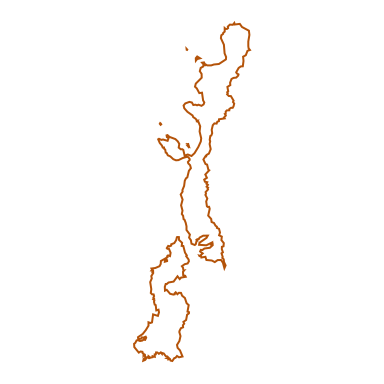 Donggala, Sulawesi Tengah, Indonesia
{"feature_id": "22746128B11403753934380", "entity_name": "Donggala", "entity_type": "district", "adm_level": 2, "iso_a3": "IDN", "parent_name": "Indonesia", "parent_adm1": "Sulawesi Tengah", "projection": "mercator", "projection_center": [119.813, -0.351], "detail": "fine", "context": "isolated", "style": "outline", "palette": "amber", "viewbox_px": 384, "rotation_deg": 0, "n_neighbors": 0, "source": "geoboundaries", "source_scale": "gbopen_adm2", "svg_char_len": 6050}
<svg xmlns="http://www.w3.org/2000/svg" viewBox="0 0 384 384"><path d="M239.8,23.9L234.7,24.5L234.3,23.0L232.8,24.8L229.9,24.6L227.8,26.6L228.1,28.1L227.1,28.9L225.7,29.0L224.7,28.1L224.7,31.6L223.2,32.9L223.1,33.9L221.3,35.3L220.9,38.2L223.9,44.7L224.6,53.4L226.1,57.0L225.9,59.4L218.9,64.0L213.9,64.5L211.2,65.4L207.2,65.4L205.9,64.6L205.2,65.3L204.3,65.2L204.4,64.4L203.5,64.7L203.2,66.5L200.7,67.9L199.8,71.2L201.6,73.9L201.7,77.7L195.8,83.6L195.0,86.7L196.8,88.4L199.3,93.1L202.0,92.7L203.1,100.4L204.3,102.5L203.6,104.4L201.5,105.8L198.5,104.7L197.1,105.3L195.5,104.7L193.3,105.0L191.9,102.5L189.4,101.9L185.3,103.4L183.6,105.5L184.3,108.3L187.4,111.8L192.6,115.5L193.2,117.1L195.7,118.8L196.7,120.5L197.8,120.5L197.1,121.5L198.5,122.0L200.2,126.3L199.6,131.5L201.2,138.3L200.8,141.5L198.3,147.0L194.5,153.2L191.5,156.0L187.8,154.5L184.6,155.6L183.3,149.9L182.2,149.2L180.8,149.3L178.7,147.6L179.3,143.9L177.8,141.4L175.4,139.1L169.5,136.9L167.5,135.1L166.6,135.4L166.9,137.1L168.6,138.0L167.6,140.8L163.0,139.5L161.4,139.9L159.0,138.8L158.2,139.3L159.8,143.0L161.9,145.5L162.7,147.5L164.0,147.5L164.1,148.7L165.2,149.6L165.7,152.6L166.6,152.9L167.8,155.3L170.3,156.4L173.3,159.2L176.0,160.3L178.5,160.1L182.8,158.0L187.1,156.8L188.3,157.2L189.6,158.9L189.7,159.9L187.9,162.0L188.3,163.4L190.1,165.2L190.9,168.2L188.9,170.8L187.3,177.4L186.0,178.3L184.8,180.7L184.1,186.0L182.4,190.1L182.6,191.6L180.7,194.5L182.6,199.6L181.1,205.3L182.5,210.6L181.8,214.0L183.1,215.8L183.6,219.2L184.5,219.7L185.7,222.8L186.5,226.3L186.5,230.0L189.9,234.6L189.1,237.6L190.9,240.2L191.5,243.7L194.8,245.0L195.8,244.1L196.5,241.2L197.3,240.8L196.5,239.8L197.3,239.2L198.8,239.1L199.6,237.6L203.2,235.7L207.8,235.6L206.5,237.9L199.5,242.7L199.1,244.8L206.3,245.3L211.8,242.6L211.3,244.1L212.6,243.6L212.7,245.2L209.8,247.8L204.4,248.5L202.4,250.0L200.0,249.8L200.8,249.9L200.1,251.5L202.7,253.4L199.9,255.9L199.3,255.7L199.5,256.1L201.2,256.5L201.4,257.5L205.4,256.8L206.4,260.0L211.8,260.5L214.8,262.1L217.6,260.1L221.0,260.0L222.9,262.7L224.4,268.2L225.6,265.4L224.0,262.0L223.7,259.3L222.3,257.9L222.7,256.9L221.5,253.3L222.9,252.3L221.8,249.1L221.9,246.8L223.5,246.3L223.8,243.1L221.4,240.1L221.8,236.6L219.1,235.3L220.0,232.5L219.0,228.8L216.9,227.9L216.9,226.7L215.5,225.7L214.0,223.0L211.6,222.0L211.2,219.0L208.2,215.6L209.7,208.8L209.1,206.8L207.6,206.9L206.9,206.2L206.2,201.5L207.3,198.5L205.4,194.9L206.0,193.8L205.6,192.1L208.0,189.5L207.6,188.6L208.1,187.7L206.6,186.7L207.9,184.8L206.4,183.7L207.2,182.2L204.9,181.7L204.2,179.6L206.9,177.8L205.3,174.5L209.2,170.3L208.4,169.8L207.1,164.6L205.5,164.0L203.4,159.5L205.7,155.9L206.2,156.2L206.8,154.8L208.9,153.6L210.7,149.1L209.6,144.0L210.2,141.2L209.7,139.9L210.3,136.0L211.3,135.5L212.2,133.2L211.7,129.8L212.8,125.2L214.4,123.4L216.6,123.6L217.3,121.7L218.9,121.2L219.0,119.3L224.6,118.4L224.0,117.5L225.8,115.6L224.9,114.0L225.7,113.7L225.7,111.6L226.8,110.4L229.3,110.3L229.4,108.9L231.1,107.8L232.7,107.8L233.5,106.4L234.2,103.6L233.0,102.0L233.6,100.7L230.9,96.1L228.8,96.0L227.1,94.3L227.8,93.2L227.2,92.2L228.2,91.3L227.4,86.9L230.3,85.1L230.1,82.7L231.5,79.0L233.5,77.9L236.2,77.6L238.2,75.6L238.5,74.4L236.8,73.4L236.2,72.3L238.7,67.9L240.9,66.4L242.8,66.3L243.5,61.0L243.1,56.7L245.8,55.2L247.5,50.8L249.9,50.0L248.6,48.3L248.3,46.2L248.3,41.5L249.4,34.9L248.9,30.7L242.0,27.0L239.8,23.9ZM188.9,261.3L188.6,259.5L186.2,256.2L186.8,255.4L185.0,252.6L183.3,246.0L181.7,245.9L182.1,242.8L179.0,239.9L178.9,237.1L177.7,237.0L176.9,237.2L176.2,240.1L174.3,243.1L171.2,244.3L171.2,245.6L169.6,246.3L168.2,245.9L166.8,248.1L167.4,248.8L168.9,248.7L170.6,252.8L170.0,256.1L168.1,255.4L167.2,256.2L167.5,257.1L166.1,258.0L166.5,259.2L166.1,260.1L167.1,260.4L167.1,261.1L164.9,261.7L165.0,260.7L165.3,260.4L165.1,261.0L165.6,260.9L165.2,260.1L166.2,259.3L165.5,258.4L160.9,261.0L160.7,264.0L159.5,266.2L155.3,268.0L151.5,268.5L152.2,269.8L151.6,270.5L152.6,270.6L152.5,271.4L153.1,271.0L153.2,273.1L151.3,276.1L151.8,278.4L150.2,282.1L151.3,289.2L150.8,293.0L152.2,294.4L153.6,294.4L154.1,296.1L153.4,297.6L154.0,298.5L153.2,299.2L154.4,300.2L154.0,301.9L154.7,304.6L155.7,305.1L156.3,310.4L158.5,309.7L159.0,312.3L157.9,315.9L153.1,314.4L152.0,322.4L150.4,323.0L148.5,322.3L148.5,325.7L145.8,330.1L142.7,334.0L138.0,337.2L138.2,338.8L139.3,339.0L141.4,338.4L141.9,337.4L144.7,337.9L144.6,337.1L145.7,336.7L146.2,337.7L145.1,339.9L143.7,339.6L142.2,340.6L140.0,341.0L138.0,340.2L136.6,340.4L135.3,342.9L134.1,343.8L134.3,347.1L138.8,352.6L140.6,351.5L142.4,351.8L142.6,353.1L143.5,353.6L143.5,355.5L144.3,354.5L144.9,354.7L145.2,358.0L144.7,358.9L143.7,358.8L143.3,360.7L145.2,359.9L147.1,357.2L148.3,357.8L148.5,356.2L149.5,357.0L149.2,358.6L149.8,357.8L152.6,357.2L152.6,356.2L154.8,356.8L154.7,354.4L155.8,354.3L156.1,352.4L157.4,352.5L158.9,353.8L160.8,352.4L162.0,353.9L162.2,353.0L163.8,353.5L165.9,356.4L167.2,356.4L168.5,357.7L167.5,358.2L168.4,358.3L168.3,359.4L170.0,359.1L170.6,360.6L172.3,361.0L174.3,358.1L175.5,357.8L177.0,356.0L179.0,357.3L182.5,356.5L180.0,350.4L177.6,347.8L177.0,344.9L179.4,341.0L180.5,336.1L179.3,332.0L179.6,330.7L180.9,328.2L183.1,327.3L182.9,325.2L184.2,323.7L183.4,321.9L186.1,320.0L187.1,314.7L188.9,313.4L189.0,312.2L187.5,311.6L188.7,305.1L186.6,303.2L184.9,298.0L182.1,295.7L181.0,292.9L178.9,292.8L177.4,294.2L175.7,292.3L174.6,293.4L174.7,294.3L173.4,294.6L170.1,293.8L166.7,289.8L165.0,290.6L164.8,286.9L165.7,284.0L166.8,284.0L168.5,282.5L173.6,281.6L177.5,276.3L179.7,279.1L181.0,277.6L185.7,276.8L185.2,275.8L183.2,275.2L183.0,271.8L183.9,270.7L183.5,270.8L183.0,267.7L181.9,266.2L184.7,264.2L187.6,263.5L188.9,261.3ZM197.2,56.5L195.8,58.2L195.9,60.6L197.1,59.1L200.1,58.3L197.2,56.5ZM204.7,63.9L204.0,62.4L202.1,62.7L203.4,64.2L204.7,63.9ZM187.8,50.2L186.6,48.9L186.7,49.8L187.8,50.2ZM161.2,124.3L160.7,123.5L160.2,123.1L159.8,123.8L160.6,124.8L161.2,124.3ZM188.2,144.0L187.4,144.1L188.5,145.3L188.2,144.0ZM189.0,146.7L188.9,146.1L188.5,145.8L188.9,146.7L188.2,146.5L188.7,147.1L189.0,146.7Z" fill="none" stroke="#b45309" stroke-width="2"/></svg>